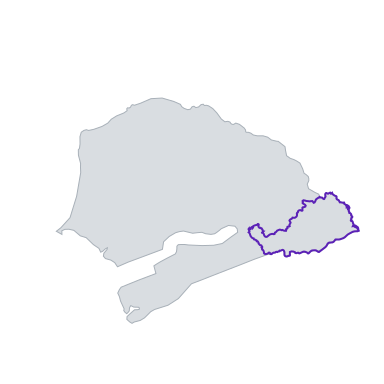 where Kédougou sits in Senegal, rotated 338°
{"feature_id": "SEN-5515", "entity_name": "Kédougou", "entity_type": "Region", "adm_level": 1, "iso_a3": "SEN", "parent_name": "Senegal", "parent_adm1": "", "projection": "albers", "projection_center": [-12.553, 12.877], "detail": "fine", "context": "in_parent", "style": "outline", "palette": "violet", "viewbox_px": 384, "rotation_deg": 338, "n_neighbors": 0, "source": "natural_earth", "source_scale": "10m", "svg_char_len": 8493}
<svg xmlns="http://www.w3.org/2000/svg" viewBox="0 0 384 384"><g transform="rotate(338 192 192)"><path d="M290.9,177.3L295.2,184.8L294.3,188.5L293.3,193.8L295.7,197.6L298.6,200.1L300.6,202.4L302.9,205.6L303.3,212.0L302.9,216.5L304.3,218.6L305.6,221.2L305.3,223.4L304.5,225.3L301.8,227.9L301.3,232.6L305.8,238.4L308.7,241.5L308.6,243.3L309.4,245.3L311.6,247.6L312.9,247.0L314.3,245.1L314.9,243.8L318.8,244.4L320.6,245.0L323.0,248.7L323.9,251.2L324.6,254.4L327.1,258.3L329.4,261.0L329.9,262.8L331.9,265.1L330.6,270.3L330.8,272.9L329.5,279.9L329.2,283.2L329.3,284.4L332.3,286.9L332.0,290.4L328.9,289.8L323.5,289.4L312.8,291.3L309.1,290.5L302.0,290.8L296.9,291.8L290.5,294.1L285.6,293.6L282.9,291.8L279.4,291.9L275.4,290.9L271.1,289.2L267.3,288.3L263.1,285.1L261.1,284.5L259.8,285.3L258.6,286.4L257.4,287.1L255.1,286.5L254.3,284.3L255.0,282.2L255.2,280.6L254.1,279.7L251.6,279.4L247.5,279.4L240.8,278.7L239.3,278.3L224.4,277.7L209.0,277.6L196.0,277.4L179.5,277.2L167.9,277.1L157.1,276.9L148.7,281.1L139.5,285.7L127.3,288.0L113.3,286.9L108.9,287.5L104.2,289.5L100.8,290.9L95.9,291.7L89.7,290.9L87.2,291.3L85.6,289.2L83.9,285.7L85.1,283.2L88.9,281.7L94.6,279.7L97.6,280.8L99.4,280.9L99.7,279.5L99.2,278.8L94.9,276.9L92.7,274.4L90.8,275.8L89.2,278.8L87.8,279.6L85.9,280.4L84.8,278.4L84.3,276.4L85.3,274.9L84.9,266.4L85.5,261.8L85.3,257.9L88.1,255.3L90.7,253.7L100.7,253.7L109.9,253.7L118.9,253.9L128.0,254.1L129.0,246.2L131.9,245.6L136.2,244.9L144.3,244.0L153.3,243.2L155.2,241.6L156.7,239.0L157.7,236.6L159.5,235.7L162.0,236.5L165.3,237.8L168.7,239.7L172.6,241.5L175.2,242.7L181.4,245.5L192.1,249.5L200.8,251.1L211.5,248.3L219.2,246.5L220.1,243.1L219.0,239.8L213.3,236.7L205.5,237.0L203.1,237.8L199.5,238.8L197.3,239.2L193.7,238.4L189.0,235.8L186.1,233.1L182.0,231.8L177.2,230.5L169.5,225.0L165.4,224.0L161.6,223.6L154.2,224.7L147.0,227.5L143.1,234.1L135.9,233.9L120.6,233.5L106.6,233.1L94.9,233.4L93.9,228.5L91.2,224.7L86.8,221.3L85.8,218.3L87.4,215.7L91.7,213.5L92.7,212.0L90.5,212.2L87.0,213.5L84.8,213.6L84.6,209.4L80.9,203.9L76.8,194.7L72.0,190.8L68.1,183.3L63.9,180.4L60.1,179.0L56.8,179.2L55.5,182.6L51.5,177.6L57.1,176.0L69.3,170.1L83.4,152.8L96.1,132.3L97.8,127.5L99.4,123.8L100.5,115.3L102.4,110.3L104.0,109.4L106.2,105.5L108.8,98.8L111.7,95.1L114.9,94.4L117.4,94.7L119.2,96.2L124.4,97.1L133.0,97.5L139.7,96.6L144.4,94.3L150.6,93.2L158.3,93.2L162.3,92.3L162.7,90.4L163.7,89.8L165.3,90.6L166.8,90.3L168.3,88.9L169.7,88.8L171.1,90.0L177.5,90.4L188.9,90.1L199.5,93.7L209.1,101.3L214.1,106.4L214.4,109.0L216.0,111.5L218.9,114.1L221.5,114.6L224.0,113.0L225.9,113.2L227.2,115.2L230.0,115.6L233.1,114.4L235.3,114.8L235.7,116.0L236.2,116.6L237.7,116.9L239.7,118.4L242.5,122.4L244.7,128.1L246.5,135.3L248.8,139.2L251.7,139.9L253.4,141.4L253.7,143.1L254.6,144.3L256.0,144.9L258.4,144.5L261.3,147.0L264.4,152.3L264.9,154.7L264.4,155.9L264.6,156.9L266.7,157.8L268.6,159.5L270.2,162.1L273.6,164.4L278.9,166.5L282.7,169.5L285.1,173.5L289.9,176.9L290.9,177.3Z" fill="#d9dde1" stroke="#a8b0b8" stroke-width="1"/><path d="M308.4,244.4L308.5,245.0L308.9,245.1L310.1,245.7L310.5,245.9L310.7,246.3L311.0,247.2L311.2,247.5L311.7,248.0L312.0,248.0L312.2,247.7L314.1,246.3L314.3,245.3L314.5,244.4L315.0,243.6L315.7,243.2L316.3,243.3L316.7,243.7L316.9,244.1L317.4,244.5L317.8,244.6L318.7,244.4L319.9,244.3L320.1,244.5L320.0,245.2L320.2,245.7L320.7,245.7L321.2,245.6L321.6,245.4L321.6,246.4L321.9,247.3L323.0,248.9L324.1,249.8L324.3,250.3L324.2,250.8L323.6,251.7L323.5,252.2L323.6,253.0L324.0,253.6L324.6,254.1L325.0,254.7L325.1,256.4L325.3,257.1L326.1,257.3L326.7,257.7L327.3,258.1L327.9,258.4L328.6,258.6L329.1,258.8L329.0,259.2L328.8,259.5L328.7,259.8L329.3,260.7L329.6,261.3L329.8,261.6L330.0,261.7L330.4,261.9L330.3,262.1L330.0,262.3L329.9,262.5L329.9,262.9L329.8,263.8L329.6,264.3L330.4,264.4L330.9,264.2L331.2,263.7L331.3,262.9L331.7,263.3L331.9,263.7L332.0,264.3L332.1,265.5L332.0,265.8L331.7,266.0L331.3,266.3L331.1,266.3L330.8,266.1L330.5,266.0L330.2,266.2L330.1,266.5L330.4,266.7L330.6,267.0L330.5,267.7L330.3,268.2L330.1,268.7L330.3,269.4L330.2,269.7L330.1,269.8L330.0,270.1L330.0,270.4L330.2,270.5L330.4,270.5L330.5,270.6L330.7,270.8L330.9,271.2L331.1,271.6L331.2,272.0L331.2,272.6L331.1,273.1L330.8,273.5L331.3,274.5L331.4,275.0L331.0,275.6L330.4,275.7L329.8,275.9L329.3,277.2L328.9,277.4L328.6,277.8L328.7,278.5L328.9,278.6L329.2,278.7L329.6,279.0L329.8,279.4L329.8,279.9L329.6,281.4L329.6,281.9L329.7,282.2L329.8,282.6L329.7,283.1L328.7,283.6L328.4,283.9L328.9,284.0L329.2,284.3L329.8,285.2L330.1,285.5L330.1,285.2L330.4,284.7L330.7,284.5L331.0,285.3L331.1,285.7L331.4,286.4L331.5,286.9L331.9,286.3L332.0,286.0L332.5,286.8L332.5,287.9L332.1,289.2L332.1,290.4L330.8,290.4L327.8,289.3L326.2,289.1L322.3,289.5L320.4,289.8L316.8,291.2L315.1,291.5L311.3,291.3L310.4,291.1L307.6,289.9L307.4,289.8L307.1,289.8L306.9,289.9L306.4,290.3L304.7,291.2L304.1,291.3L303.1,291.3L300.3,290.3L299.2,290.4L298.3,290.8L296.8,292.2L295.1,293.1L287.3,295.2L286.6,294.8L285.3,292.8L284.5,292.2L282.5,291.5L281.5,291.2L280.7,291.2L279.9,291.4L279.0,291.7L277.7,292.4L277.3,292.5L276.6,292.5L276.5,292.4L276.4,292.0L276.2,291.6L274.9,290.1L274.1,289.5L273.2,289.1L272.3,289.0L269.3,289.2L268.4,289.1L268.1,288.7L267.9,288.2L267.2,287.9L265.8,287.8L265.4,287.6L264.9,287.2L264.8,286.8L264.9,286.4L263.7,285.2L261.9,284.3L260.3,284.3L259.5,286.2L259.3,287.1L258.8,287.6L258.1,287.6L257.2,287.3L256.4,287.4L255.6,287.3L254.9,286.9L254.3,286.2L254.1,285.3L254.3,284.5L255.0,282.9L255.2,282.1L255.2,281.1L255.0,280.2L254.4,279.6L253.7,279.5L252.9,279.6L252.1,279.6L251.3,279.2L250.8,279.7L250.5,279.5L250.2,279.5L249.9,279.5L249.4,279.5L248.9,279.7L248.7,279.7L248.0,279.1L247.8,279.0L247.4,279.0L246.7,279.2L246.3,279.3L245.9,279.2L245.3,278.9L244.9,278.8L244.5,278.8L243.1,279.1L242.9,279.1L242.8,279.3L242.7,279.4L242.4,279.4L242.2,279.3L241.8,279.0L241.6,279.0L241.4,278.9L241.6,278.2L241.2,277.3L240.6,277.0L240.3,277.0L240.1,277.1L239.7,277.3L239.3,277.4L238.2,277.4L237.6,277.3L237.1,277.1L236.5,276.8L236.2,276.5L235.9,276.1L235.8,275.8L235.8,275.6L236.1,275.2L236.1,274.9L236.3,273.2L236.2,272.9L236.1,272.6L236.0,272.2L235.6,271.9L235.5,271.5L235.5,271.3L235.6,271.0L235.7,270.8L235.9,270.4L236.1,270.2L236.1,269.9L235.9,269.7L235.7,269.5L235.7,269.4L235.9,269.3L236.1,269.4L236.4,269.4L236.5,269.3L236.6,269.0L236.4,268.6L236.3,267.5L236.1,267.3L235.4,266.9L235.0,266.4L234.9,266.0L234.7,265.3L234.5,264.9L234.4,264.7L234.5,264.5L234.6,264.3L234.7,264.0L234.5,262.6L234.4,262.4L234.2,262.3L233.9,262.2L233.6,262.1L233.5,261.9L233.6,261.7L233.8,261.2L233.7,261.0L233.4,260.7L233.0,260.2L232.5,259.7L231.8,259.3L231.7,259.0L231.7,258.8L231.8,258.5L231.8,258.1L231.6,258.0L231.4,257.9L231.1,257.6L230.5,256.9L230.2,256.2L230.1,255.8L230.0,255.0L229.8,254.7L229.8,254.4L229.8,254.1L229.9,253.8L229.9,253.1L230.0,252.7L229.9,251.7L229.8,251.4L229.7,251.2L229.4,250.6L230.5,250.1L230.5,247.6L231.3,247.1L231.2,247.9L231.4,248.2L232.0,248.4L232.4,248.3L232.7,247.7L232.9,247.4L233.6,247.1L234.5,246.9L235.1,247.1L234.8,248.1L235.4,247.8L235.8,246.7L236.2,246.5L238.1,246.5L239.8,246.8L240.4,246.6L240.9,246.3L241.3,246.4L241.7,247.1L241.3,247.9L240.9,248.3L240.7,248.7L240.7,249.4L240.9,249.8L241.0,250.1L241.1,250.5L241.6,250.7L241.8,250.7L242.0,250.8L242.1,251.1L242.4,251.3L242.7,251.5L242.9,251.7L243.0,251.9L242.8,252.3L243.1,252.8L243.3,253.4L243.1,254.1L243.0,254.7L243.6,255.2L241.7,255.9L241.7,256.1L242.6,256.6L242.8,257.7L242.7,259.2L242.9,260.4L243.8,261.4L244.7,261.6L246.7,261.0L248.0,260.6L248.7,260.6L250.0,260.7L251.2,261.1L252.1,261.8L252.9,261.8L253.3,261.1L253.7,260.7L254.6,260.7L255.7,260.2L256.5,259.7L259.1,259.7L260.0,260.2L260.8,261.0L261.5,261.0L262.6,262.1L263.8,262.9L264.7,263.2L265.1,262.5L265.1,262.0L265.5,261.6L266.3,261.6L267.0,261.3L267.1,260.4L267.5,260.0L268.5,260.2L269.2,260.4L269.8,260.3L269.8,259.5L270.2,258.7L271.3,258.0L272.0,257.1L271.7,256.0L271.7,254.9L272.4,254.4L273.3,254.2L274.3,254.2L275.1,253.8L275.6,253.4L276.3,253.8L277.0,254.2L278.0,254.4L279.5,254.0L280.3,253.4L280.9,252.4L281.0,251.5L281.5,250.8L282.5,250.6L282.8,249.9L283.4,249.4L284.6,249.1L285.7,249.4L286.4,250.2L286.9,250.6L287.5,250.5L287.7,249.7L288.1,249.1L288.4,248.0L288.9,247.7L290.4,248.0L291.6,248.0L292.3,247.2L292.0,246.1L290.7,244.4L290.4,243.6L291.1,242.9L291.1,241.8L292.2,241.4L293.5,242.2L294.7,243.2L296.1,243.9L297.4,244.7L299.0,245.1L300.2,245.5L300.5,246.5L300.8,247.6L301.7,247.6L302.9,246.7L304.1,245.4L305.8,244.9L308.4,244.4Z" fill="none" stroke="#5b21b6" stroke-width="2"/></g></svg>